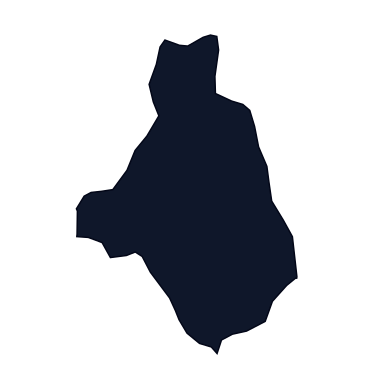 Borlänge, Dalarna, Sweden (Robinson projection), rotated 276°
{"feature_id": "70781695B12440080986596", "entity_name": "Borlänge", "entity_type": "district", "adm_level": 2, "iso_a3": "SWE", "parent_name": "Sweden", "parent_adm1": "Dalarna", "projection": "robinson", "projection_center": [15.395, 60.481], "detail": "fine", "context": "isolated", "style": "filled", "palette": "ink", "viewbox_px": 384, "rotation_deg": 276, "n_neighbors": 0, "source": "geoboundaries", "source_scale": "gbopen_adm2", "svg_char_len": 871}
<svg xmlns="http://www.w3.org/2000/svg" viewBox="0 0 384 384"><g transform="rotate(276 192 192)"><path d="M135.6,82.1L136.0,93.6L132.3,107.9L118.3,117.7L122.0,133.4L126.4,141.8L122.7,149.2L107.9,159.0L84.3,180.8L72.5,187.8L63.6,192.5L51.1,201.8L42.2,215.3L39.9,227.4L34.0,233.8L47.9,236.8L54.8,247.0L59.4,260.8L71.0,278.3L91.7,283.4L109.0,295.9L117.1,303.9L117.2,305.1L118.6,305.2L158.1,296.5L173.6,285.7L191.3,272.2L209.8,267.5L225.3,263.8L243.8,253.5L263.7,247.4L279.2,240.9L284.4,233.4L286.6,221.8L292.4,205.0L309.4,202.7L336.0,203.6L349.3,200.4L350.0,193.9L349.9,193.7L347.0,186.9L336.7,172.5L336.6,164.1L340.3,149.2L332.9,145.1L315.2,143.2L294.6,138.1L277.6,144.1L264.3,151.1L242.9,141.3L227.4,131.1L206.8,125.1L186.1,113.0L183.2,101.9L181.0,91.7L176.6,85.2L163.2,78.8L161.1,80.0L138.1,82.1L135.6,82.1Z" fill="#0f172a" stroke="#020617" stroke-width="1.5"/></g></svg>